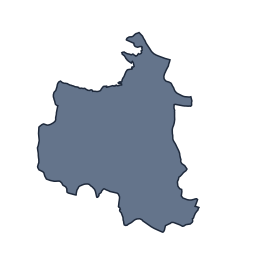 Sinuras, Al Fayyum, Egypt, rotated 13°
{"feature_id": "37247803B57049820860179", "entity_name": "Sinuras", "entity_type": "district", "adm_level": 2, "iso_a3": "EGY", "parent_name": "Egypt", "parent_adm1": "Al Fayyum", "projection": "orthographic", "projection_center": [30.822, 29.442], "detail": "fine", "context": "isolated", "style": "filled", "palette": "slate", "viewbox_px": 256, "rotation_deg": 13, "n_neighbors": 0, "source": "geoboundaries", "source_scale": "gbopen_adm2", "svg_char_len": 5754}
<svg xmlns="http://www.w3.org/2000/svg" viewBox="0 0 256 256"><g transform="rotate(13 128 128)"><path d="M92.6,204.8L92.3,204.1L92.2,200.3L92.4,199.4L92.8,198.3L93.2,196.5L93.8,195.6L96.2,193.8L97.7,192.8L98.8,192.3L101.2,191.6L103.0,191.7L104.8,192.8L106.4,193.4L108.0,194.5L109.2,195.3L110.3,196.8L111.0,198.1L113.0,202.3L113.4,202.5L114.0,202.3L114.9,200.5L114.6,199.1L115.0,198.5L116.3,196.9L116.5,196.0L116.5,195.3L117.8,193.0L118.4,192.6L120.9,193.2L123.1,193.5L124.5,193.9L126.0,193.9L132.0,193.9L133.4,194.5L135.2,196.9L135.5,198.2L135.8,200.9L135.8,201.5L136.4,206.8L137.1,207.3L137.6,207.3L138.8,208.8L138.3,209.4L138.4,210.3L139.1,211.2L140.4,212.0L143.2,216.2L144.0,218.8L144.7,219.9L145.0,220.8L145.4,221.9L146.1,223.2L147.3,223.5L148.6,223.1L149.0,222.9L150.1,221.5L151.2,220.6L152.7,219.2L155.0,216.2L156.1,215.3L157.2,214.6L159.8,213.8L161.0,214.0L162.5,214.4L163.2,215.1L170.2,217.9L172.9,219.0L176.3,220.0L180.8,220.9L185.0,221.7L185.5,221.6L186.1,220.7L186.5,218.9L186.4,218.1L186.5,214.7L190.0,211.9L190.4,211.7L191.3,210.6L191.9,210.1L193.7,209.8L200.2,210.7L201.8,211.1L203.1,211.5L204.4,211.0L206.1,209.2L210.3,207.5L211.8,205.4L212.0,204.3L211.2,201.9L211.7,201.5L212.1,200.8L212.2,199.0L212.6,197.0L212.8,195.9L214.0,193.2L214.5,192.5L214.6,191.4L214.6,190.7L215.0,189.5L214.4,189.4L213.7,189.4L212.4,189.2L211.0,189.3L211.7,184.1L211.9,182.1L210.8,181.5L209.4,182.0L208.3,182.7L205.9,183.9L203.7,184.4L201.7,184.5L199.1,184.1L197.3,183.9L195.2,182.2L194.9,178.7L194.8,177.8L194.1,175.8L193.0,175.7L192.1,175.5L190.7,174.4L189.6,173.3L188.3,169.6L188.3,168.0L188.5,167.8L188.7,166.5L188.6,164.5L189.7,163.3L190.9,161.3L191.6,159.9L192.2,158.8L194.1,156.5L194.7,154.7L191.7,151.9L188.6,150.7L187.6,149.8L186.9,148.8L186.7,147.7L186.7,147.0L185.7,145.2L184.7,143.1L184.0,141.1L182.6,138.9L180.0,135.7L178.6,133.9L177.5,132.6L175.4,130.5L174.2,128.8L173.2,125.0L172.5,123.5L171.5,119.7L171.4,117.5L171.8,115.1L171.9,112.6L171.6,109.3L170.8,106.4L169.8,102.0L169.5,101.2L169.5,100.3L168.3,98.3L168.0,96.8L167.7,94.8L168.8,94.3L176.2,94.0L178.4,93.8L179.7,93.5L181.7,93.2L183.4,92.7L184.1,92.7L184.8,91.8L184.7,90.7L184.2,89.1L184.2,87.3L182.2,83.4L181.6,83.7L180.7,84.1L179.8,84.2L176.3,84.7L175.4,84.7L174.1,84.6L169.1,83.4L167.3,82.8L165.3,81.3L164.6,80.4L163.2,78.3L162.2,77.4L160.4,75.2L159.7,74.6L157.5,74.0L155.2,73.9L154.3,73.7L153.0,72.8L152.0,71.8L151.8,71.1L151.5,70.2L151.3,69.6L151.3,69.1L151.4,66.7L151.8,65.1L152.0,63.8L152.6,61.3L153.4,58.4L153.3,56.8L153.5,54.8L153.6,53.3L153.6,52.1L148.5,51.9L141.5,51.0L139.1,50.6L136.4,49.8L133.7,48.2L131.3,45.8L126.5,41.3L124.9,39.1L123.0,37.2L122.3,36.3L121.4,35.2L117.3,32.5L115.6,33.7L114.7,34.1L113.6,35.3L112.4,37.3L111.9,37.8L110.6,38.5L109.5,38.7L108.4,39.2L108.0,39.7L107.1,40.4L106.7,41.3L106.5,42.2L106.7,42.6L114.6,44.1L115.1,45.4L115.6,46.1L116.3,46.7L116.7,46.9L117.6,47.1L119.4,47.1L119.8,46.8L120.5,46.4L121.3,45.9L121.8,45.9L122.4,45.6L122.9,45.6L123.6,46.0L123.4,46.5L123.6,46.7L123.6,47.4L123.9,48.0L124.1,48.5L124.3,49.1L123.9,49.6L123.5,49.8L123.7,50.5L124.2,51.1L124.2,51.6L124.0,52.3L122.7,53.4L122.0,53.4L121.4,53.2L120.8,54.6L120.8,55.0L120.1,55.7L119.7,55.9L119.5,56.2L119.0,56.0L118.8,55.8L118.3,55.8L117.7,55.6L117.0,55.1L116.5,54.9L115.7,55.0L115.2,55.7L114.6,55.9L113.7,55.9L113.2,55.7L110.3,55.8L108.3,55.2L107.9,55.2L107.2,54.8L105.9,55.3L105.7,55.5L105.2,55.8L105.0,56.0L105.5,56.6L105.7,57.3L106.2,57.5L106.9,57.9L107.3,58.1L108.0,58.3L109.8,60.0L110.1,60.5L110.5,60.9L111.0,61.1L111.9,62.0L112.6,62.2L113.0,62.6L116.6,64.0L117.0,62.7L117.2,62.2L117.9,62.7L118.1,62.9L118.6,63.5L120.1,66.6L119.6,67.3L119.0,67.5L118.3,67.5L118.1,68.2L118.1,68.7L118.6,68.9L118.8,69.3L118.4,69.8L117.3,70.2L116.8,70.3L116.0,70.7L115.1,71.0L114.7,71.2L114.0,71.9L113.8,72.6L113.4,73.5L113.2,74.4L112.7,77.5L112.7,77.9L112.3,79.5L111.9,80.2L111.9,80.6L111.7,81.1L111.5,82.0L111.5,83.5L111.5,84.3L110.9,85.1L110.2,84.9L110.0,84.7L109.1,85.2L108.9,85.6L108.5,85.9L108.3,86.1L108.7,86.7L110.1,86.2L111.2,86.2L111.9,86.6L112.1,87.5L111.4,87.8L111.0,87.8L110.3,88.0L109.7,88.7L109.0,88.9L108.6,89.2L108.2,89.2L107.8,89.3L107.2,88.8L106.2,89.3L105.9,89.5L106.0,89.9L104.9,90.4L104.6,90.2L103.5,90.2L100.5,91.9L99.4,92.4L99.2,92.6L98.2,93.1L97.8,93.1L97.4,92.7L98.0,92.2L97.8,92.0L97.1,92.2L96.7,92.5L96.0,92.5L95.2,93.0L94.7,93.0L94.1,94.1L93.1,96.4L93.1,96.8L92.9,97.3L92.5,97.9L92.2,98.2L91.1,98.9L89.8,99.4L88.5,99.6L87.8,99.6L86.7,99.9L86.1,99.9L85.4,100.2L84.9,99.5L84.3,99.1L83.6,99.1L82.9,99.4L82.5,99.8L82.1,100.1L81.4,100.1L80.7,100.3L80.1,100.3L79.8,100.1L79.2,99.9L78.7,99.9L78.5,99.7L77.8,99.5L77.4,99.3L77.1,99.1L76.7,99.1L76.0,99.4L75.6,99.6L73.2,99.7L72.9,99.9L72.5,100.2L71.8,100.2L71.2,100.0L70.7,99.5L70.0,99.6L69.1,99.4L68.5,99.6L66.7,99.7L66.3,99.5L65.1,99.3L63.6,99.3L62.9,99.1L61.6,99.2L61.1,99.0L60.7,99.0L60.0,98.8L59.1,98.4L56.9,98.5L56.4,98.7L55.1,98.7L54.2,98.5L53.8,98.6L53.3,98.3L52.6,97.9L52.2,97.7L51.5,97.5L51.1,98.0L50.2,98.7L49.6,100.2L49.4,101.4L49.5,104.0L49.2,107.6L47.9,109.9L47.8,112.5L48.3,114.5L49.0,115.6L49.5,116.7L50.7,118.6L51.2,119.7L52.1,121.3L53.9,122.1L54.6,122.1L54.8,129.2L55.1,130.7L55.2,134.3L55.7,136.2L55.4,138.0L54.7,138.9L53.7,140.1L51.7,141.9L50.0,142.9L48.6,143.4L44.9,143.0L43.8,143.7L43.1,144.4L41.4,146.5L41.0,147.2L42.1,153.6L44.3,160.2L44.5,165.3L44.2,167.7L45.4,170.8L45.6,171.2L46.3,173.0L46.8,175.0L47.6,177.4L48.1,178.5L48.8,181.1L48.9,182.4L48.7,183.1L48.6,186.0L49.0,186.9L50.7,188.8L53.4,189.4L54.9,189.8L56.1,190.6L57.7,193.5L60.0,196.1L64.1,196.6L68.1,196.5L69.4,196.2L72.0,195.4L73.6,195.2L75.8,196.4L76.3,197.1L77.5,198.4L80.2,199.2L80.6,199.4L82.0,200.9L82.8,203.7L83.2,204.4L84.6,204.8L88.1,204.9L90.8,205.0L92.4,205.0L92.6,204.8Z" fill="#64748b" stroke="#1e293b" stroke-width="1.5"/></g></svg>